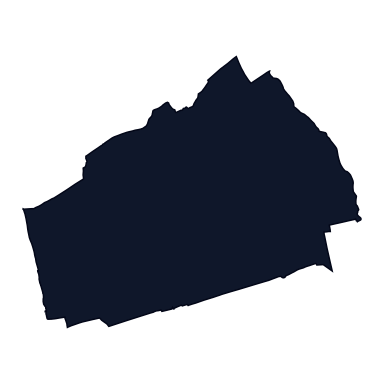 Deleni, Vaslui, Romania
{"feature_id": "2599482B86595247062374", "entity_name": "Deleni", "entity_type": "district", "adm_level": 2, "iso_a3": "ROU", "parent_name": "Romania", "parent_adm1": "Vaslui", "projection": "mercator", "projection_center": [27.752, 46.541], "detail": "fine", "context": "isolated", "style": "filled", "palette": "ink", "viewbox_px": 384, "rotation_deg": 0, "n_neighbors": 0, "source": "geoboundaries", "source_scale": "gbopen_adm2", "svg_char_len": 5735}
<svg xmlns="http://www.w3.org/2000/svg" viewBox="0 0 384 384"><path d="M108.8,326.4L125.9,320.8L135.9,317.6L150.4,313.0L153.3,312.2L154.2,311.7L155.9,311.0L156.8,310.8L158.6,310.6L160.9,310.0L161.9,311.4L166.9,310.2L171.8,309.0L172.5,307.4L173.2,308.7L173.4,308.8L173.9,309.0L174.0,308.9L174.0,308.7L174.0,308.3L175.5,307.7L176.0,307.4L178.5,306.3L179.8,305.8L181.2,305.1L181.5,305.2L181.7,305.5L182.1,305.8L182.3,305.9L185.2,305.0L187.0,304.5L187.3,304.5L188.1,305.5L189.0,305.1L192.4,304.0L195.8,303.0L204.4,300.0L209.3,298.5L211.2,297.9L213.2,297.3L216.7,296.1L219.5,295.2L221.9,294.3L230.2,291.8L238.5,289.4L254.0,284.7L269.4,280.1L273.0,278.7L276.5,277.4L278.2,276.7L279.2,276.5L280.3,276.4L281.3,276.5L281.6,277.0L282.1,277.4L283.1,277.8L283.5,277.8L284.6,277.5L285.4,276.7L286.0,275.7L286.6,275.4L288.4,274.7L292.3,272.6L293.8,271.9L297.2,269.9L298.8,269.2L299.7,268.9L303.4,267.8L304.1,267.5L304.9,267.0L305.5,266.9L306.6,266.4L309.3,265.6L310.7,265.1L315.5,263.5L316.1,263.6L316.8,265.0L323.2,264.6L332.2,271.0L329.7,260.2L327.0,248.2L324.5,235.8L324.1,234.2L324.0,232.6L324.0,232.0L325.9,231.9L327.2,231.7L328.2,231.6L329.1,231.4L329.4,231.5L330.3,231.5L330.1,229.6L329.3,225.1L333.7,224.1L340.0,222.7L345.7,221.4L346.9,221.1L347.8,220.9L348.2,220.8L354.6,219.4L355.0,219.2L355.6,219.0L356.4,220.8L357.0,220.7L357.4,221.7L358.3,221.1L359.8,220.4L360.6,220.0L361.0,219.3L360.9,218.3L360.1,217.4L359.0,216.6L358.0,215.6L357.4,214.7L357.2,213.9L357.4,213.1L357.7,212.2L357.7,211.4L358.1,210.6L358.7,209.8L358.5,209.0L357.7,207.0L357.3,206.0L356.4,205.0L356.0,204.3L355.9,203.3L355.8,201.1L356.0,199.1L356.1,198.3L356.3,197.2L356.4,196.3L356.3,195.9L355.9,195.4L354.6,193.5L353.8,192.4L353.3,191.5L353.2,190.6L353.0,188.8L352.9,186.9L353.0,184.7L353.2,183.2L353.1,181.9L352.9,180.8L352.1,178.7L351.5,177.4L350.5,175.1L349.7,174.1L348.6,172.9L347.2,171.7L345.9,171.3L345.1,171.0L344.1,169.9L342.9,168.5L341.0,165.4L339.9,163.0L338.7,158.9L338.0,156.0L337.5,153.1L337.0,150.1L336.5,148.4L335.4,146.7L334.4,145.4L332.1,142.5L330.9,141.1L329.2,138.3L327.7,137.0L327.2,136.6L326.8,135.6L326.5,134.2L326.1,133.4L325.3,132.7L324.3,132.5L323.2,132.2L321.7,131.9L320.4,131.6L319.4,131.3L319.0,130.8L318.7,129.8L318.0,128.6L316.7,127.5L315.9,126.6L315.2,125.5L314.0,123.4L310.9,120.4L308.3,117.5L307.1,116.7L304.4,114.4L301.3,113.0L300.2,112.3L298.6,110.6L295.9,108.2L294.2,107.0L293.8,106.2L293.7,103.7L292.8,101.1L291.4,99.1L290.3,97.5L289.1,95.8L287.4,94.0L286.2,92.5L284.8,90.9L283.4,88.7L283.1,87.3L282.4,85.6L281.6,84.0L280.5,81.9L279.7,80.6L278.4,79.5L278.0,79.1L276.5,78.5L274.8,78.3L273.1,78.1L272.3,77.1L270.7,75.6L269.7,74.0L269.3,73.0L269.3,72.2L269.6,71.1L269.3,71.2L267.0,72.5L263.7,74.8L255.6,80.2L251.0,83.3L248.5,80.3L244.5,74.3L243.4,72.1L241.3,68.3L238.8,62.8L236.3,56.6L235.3,57.3L232.9,59.1L227.9,63.4L220.6,68.9L210.2,78.1L207.8,80.2L208.1,80.6L208.4,81.1L208.4,81.7L207.8,83.4L207.2,84.0L206.7,84.8L206.3,85.3L206.0,85.9L205.5,86.4L205.4,87.0L204.9,87.4L204.2,88.4L203.0,89.9L202.4,90.9L200.7,92.4L199.3,93.3L198.9,93.6L198.4,93.9L198.3,94.8L197.9,97.5L197.5,98.3L196.0,100.2L195.4,101.3L194.1,103.5L193.2,106.0L192.3,106.6L191.4,107.1L190.1,107.5L189.0,108.2L188.5,108.5L187.9,108.4L187.0,107.6L186.5,107.1L186.1,107.1L185.6,107.5L185.4,107.9L185.0,108.2L184.8,108.3L184.2,108.3L183.3,108.5L182.9,109.4L182.4,110.1L181.9,110.4L181.2,110.2L176.0,112.5L175.3,111.8L174.8,109.9L172.6,109.0L171.8,108.1L170.9,107.0L169.1,104.6L168.6,103.0L167.4,102.3L165.5,103.1L164.1,104.2L163.4,104.6L161.5,106.4L158.7,108.2L158.0,108.5L156.8,109.0L155.5,109.4L154.4,109.8L153.3,110.4L153.0,110.8L152.7,112.1L152.6,112.8L152.3,114.0L152.2,114.9L151.7,116.1L151.3,116.6L150.5,117.5L149.7,118.3L149.0,119.2L148.7,120.0L148.4,121.0L148.0,122.2L147.7,123.3L147.3,124.3L146.8,125.1L146.3,126.0L145.1,126.8L143.0,128.3L140.8,129.1L138.1,129.7L135.2,130.2L132.5,131.0L129.4,131.7L127.0,132.3L121.7,134.1L118.4,135.4L114.3,136.9L112.1,138.0L104.8,143.0L104.7,143.5L103.6,143.9L102.8,144.3L102.5,144.9L101.7,145.5L100.9,145.9L97.6,148.2L95.5,149.6L92.1,151.9L86.9,155.6L85.9,156.2L85.9,157.0L85.9,158.6L86.3,159.4L86.8,160.8L87.1,161.4L86.9,162.0L86.3,162.7L86.2,163.7L85.9,165.4L85.3,166.9L83.2,168.1L83.4,171.0L83.1,175.0L83.4,177.1L83.5,179.0L75.2,184.2L66.6,190.0L58.8,195.0L54.0,198.0L52.0,198.8L48.9,200.6L47.0,201.6L45.0,202.4L44.0,203.0L42.5,204.1L41.3,204.9L39.0,206.2L37.6,206.8L36.3,207.3L35.1,207.9L34.4,208.4L33.5,208.7L31.7,208.7L27.0,209.0L23.7,209.2L23.1,208.8L23.0,209.1L23.6,209.8L23.9,210.5L24.4,212.2L25.0,213.9L25.4,215.6L25.8,217.4L26.1,218.7L26.6,221.6L27.3,225.4L27.7,228.8L28.1,231.4L28.7,234.2L29.4,237.7L30.4,240.5L31.7,243.5L33.0,247.6L34.0,251.2L34.4,252.9L34.6,254.5L35.1,256.8L35.6,258.4L36.1,261.8L38.3,269.5L38.5,270.5L38.0,270.4L37.7,270.6L37.8,271.6L38.8,274.3L39.2,277.4L39.1,279.2L39.4,280.6L39.8,282.6L40.0,283.3L40.6,284.7L40.8,285.8L41.2,286.4L41.4,287.5L42.1,289.9L42.8,292.4L42.8,293.1L43.3,294.3L43.4,295.0L43.5,296.8L43.5,297.8L43.3,298.3L43.2,299.2L43.2,300.6L43.2,301.8L43.5,303.0L43.6,304.0L43.8,304.4L44.8,306.0L45.6,306.9L45.8,307.8L45.8,308.6L46.2,309.7L46.3,310.5L45.2,311.1L45.2,311.7L46.3,311.6L46.0,313.1L46.0,314.0L46.4,314.9L46.5,316.0L46.8,316.9L46.9,317.7L47.2,318.7L47.5,318.9L47.7,319.1L47.9,319.2L51.3,319.1L54.3,318.8L56.4,318.5L58.0,318.2L64.9,317.1L65.0,318.3L65.6,319.9L65.9,320.8L66.9,323.7L67.0,325.1L67.4,327.4L68.4,326.9L71.2,325.7L74.7,324.5L79.3,322.9L82.5,321.9L90.1,320.1L92.2,319.6L99.5,318.0L99.9,318.3L100.5,318.9L101.1,319.5L101.5,320.1L101.8,320.3L102.5,320.8L103.3,321.4L103.6,321.6L105.0,322.6L105.6,323.0L106.3,323.5L106.8,323.9L107.5,324.6L107.9,325.2L108.2,325.6L108.5,326.0L108.7,326.3L108.8,326.4Z" fill="#0f172a" stroke="#020617" stroke-width="1.5"/></svg>